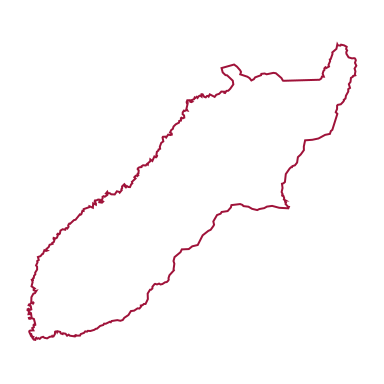 the district of Campo Grande, Mato Grosso do Sul, Brazil, rotated 89°
{"feature_id": "56859067B56402233795281", "entity_name": "Campo Grande", "entity_type": "district", "adm_level": 2, "iso_a3": "BRA", "parent_name": "Brazil", "parent_adm1": "Mato Grosso do Sul", "projection": "albers", "projection_center": [-54.243, -20.876], "detail": "fine", "context": "isolated", "style": "outline", "palette": "rose", "viewbox_px": 384, "rotation_deg": 89, "n_neighbors": 0, "source": "geoboundaries", "source_scale": "gbopen_adm2", "svg_char_len": 5980}
<svg xmlns="http://www.w3.org/2000/svg" viewBox="0 0 384 384"><g transform="rotate(89 192 192)"><path d="M300.0,353.5L300.5,355.2L301.7,356.1L301.6,356.9L302.3,357.3L303.3,355.2L306.6,354.7L307.1,356.2L305.9,357.3L306.4,358.4L307.3,358.5L307.6,357.7L309.4,357.1L311.3,357.6L311.3,356.4L309.8,355.8L310.3,355.1L315.3,354.5L316.2,352.3L320.6,351.2L322.1,351.0L322.4,351.6L321.6,352.1L322.3,352.8L324.5,352.5L325.3,354.1L327.6,353.0L327.7,356.1L328.0,356.9L328.9,357.2L331.1,356.3L331.2,355.4L332.8,355.7L333.4,355.2L333.1,354.6L334.0,354.5L334.1,353.3L335.3,353.9L336.8,352.8L337.1,351.3L335.6,351.1L335.0,350.2L336.0,349.3L335.5,348.1L336.2,346.8L334.8,345.4L334.2,343.4L335.2,342.1L335.8,339.4L334.3,336.8L334.1,334.9L333.5,334.4L334.2,333.9L334.0,333.0L331.8,331.6L329.3,331.3L329.0,330.5L329.0,329.7L329.9,329.3L328.9,328.8L329.6,326.2L331.1,325.7L331.8,323.8L331.0,323.4L331.5,320.9L333.5,319.4L332.5,317.8L333.5,316.7L334.4,311.5L334.0,310.9L333.4,311.4L333.0,310.6L333.6,309.7L333.6,306.5L332.1,305.7L331.0,302.5L329.5,301.2L329.8,299.4L329.0,298.6L329.2,296.0L328.1,292.1L327.1,290.6L327.0,289.4L324.3,286.2L323.4,283.0L322.1,282.2L322.2,280.5L320.3,276.4L320.8,275.5L319.6,274.6L318.8,268.9L319.5,265.9L318.8,263.5L316.6,261.9L313.9,257.7L310.0,255.2L309.6,251.9L307.4,248.5L307.6,246.6L305.5,244.8L304.6,245.1L304.2,243.3L303.1,242.1L303.1,240.4L298.3,238.0L292.8,238.1L289.0,235.7L289.0,234.7L287.8,233.3L286.0,233.2L283.6,231.2L283.2,230.5L283.8,228.6L283.0,226.5L283.9,225.1L283.5,223.2L281.8,220.5L281.6,218.8L280.5,217.6L279.3,216.8L277.7,217.0L274.8,216.0L269.9,211.4L269.1,211.8L263.4,210.9L260.7,211.7L256.8,210.6L252.0,204.6L249.2,203.2L249.0,196.2L246.3,192.7L245.1,187.2L235.5,182.1L231.1,176.3L230.1,174.0L226.5,171.3L225.1,170.5L221.8,171.2L215.5,167.4L214.2,163.8L212.5,162.7L211.7,156.7L208.1,153.4L205.8,152.8L204.9,144.1L205.8,141.8L207.0,140.8L207.7,135.8L209.9,132.2L211.2,127.1L210.2,124.9L209.4,120.1L207.9,117.3L207.3,112.1L209.3,105.1L210.0,96.0L208.6,95.4L208.5,96.2L205.6,98.7L204.2,98.2L203.7,99.0L202.2,99.2L202.2,98.4L201.1,100.3L199.7,99.9L197.5,100.7L197.4,101.7L196.7,102.0L195.8,101.4L193.6,102.4L189.6,101.4L185.3,101.9L184.9,100.4L183.6,98.9L175.7,97.9L170.3,94.0L169.0,92.6L168.9,91.6L167.9,91.2L167.1,88.6L164.4,86.4L159.0,85.5L156.5,82.7L152.1,79.4L148.5,79.4L142.3,78.0L141.9,70.8L140.7,64.6L137.2,57.9L136.3,53.1L133.5,52.1L132.3,50.6L116.4,45.3L114.7,46.9L111.5,45.5L108.1,45.4L107.4,44.7L106.9,41.7L104.5,39.3L103.2,38.4L102.5,38.6L101.2,36.9L98.4,36.4L94.3,34.0L91.9,34.0L90.7,32.2L86.9,33.3L84.7,31.6L80.7,31.1L79.5,29.1L78.8,28.9L78.2,26.7L77.4,27.1L74.2,26.5L71.4,27.3L68.6,25.5L65.7,26.8L63.1,25.9L61.4,26.6L61.0,27.6L61.2,29.7L60.1,33.1L56.5,35.2L54.8,35.3L53.2,34.4L51.7,35.4L49.5,34.8L48.0,37.4L47.3,40.4L48.2,41.0L47.9,43.6L46.9,44.1L51.4,45.1L54.9,49.3L56.4,49.1L61.5,51.0L61.9,51.9L63.5,51.6L67.3,53.3L68.9,52.8L70.4,55.6L69.6,56.4L70.7,57.5L72.2,57.4L73.4,58.5L76.0,59.3L79.0,58.2L78.9,60.1L80.8,60.8L82.0,62.6L82.4,98.2L82.2,99.2L79.6,100.6L74.7,106.1L74.3,108.5L75.6,115.3L74.8,117.3L75.1,120.6L76.4,120.9L78.5,126.9L80.3,128.2L81.5,130.7L79.2,132.4L77.7,134.6L75.2,141.7L72.8,140.9L71.2,141.7L67.5,144.8L65.3,147.7L68.6,160.3L73.0,159.2L75.7,156.5L76.0,154.8L81.4,149.3L85.1,148.8L89.5,152.0L91.4,154.0L91.5,155.8L93.6,157.2L93.4,158.0L92.3,158.1L92.1,160.9L94.3,163.1L95.2,166.0L97.3,167.7L94.7,172.5L96.9,173.7L96.2,174.4L96.3,175.4L97.6,176.6L97.0,178.2L94.5,179.7L94.4,180.7L96.8,180.8L95.7,182.2L96.3,183.5L98.0,184.8L96.9,185.6L98.1,187.1L97.6,187.7L99.3,188.4L100.3,191.3L101.0,191.5L101.7,190.2L102.1,191.0L101.8,192.1L100.2,192.7L100.2,195.1L102.0,195.8L102.9,195.6L102.6,194.8L103.5,194.8L108.7,196.1L110.4,195.2L110.0,196.6L110.9,197.8L110.5,198.7L112.2,199.9L114.1,200.0L115.3,198.6L117.5,198.4L118.2,200.0L117.5,201.3L118.0,201.8L120.4,201.8L120.7,203.5L122.4,203.8L124.0,207.0L126.2,209.3L128.6,210.1L129.6,211.6L132.1,212.9L133.2,211.3L134.3,211.2L134.7,212.6L134.2,214.8L137.1,216.9L136.2,217.6L136.3,220.1L136.9,220.5L140.9,219.8L142.4,221.9L146.2,223.4L148.2,223.1L148.9,224.7L149.9,224.8L151.2,226.4L154.5,227.0L155.1,226.3L156.0,226.6L156.7,227.4L155.8,229.0L160.3,231.1L158.7,233.1L160.6,233.3L162.3,235.4L163.9,235.7L163.3,236.6L164.7,237.8L164.4,240.4L165.4,242.0L166.2,242.1L166.4,244.3L167.5,245.8L168.4,245.9L169.4,244.9L172.4,245.2L172.7,246.0L173.6,246.2L174.3,245.5L175.1,246.4L174.4,247.0L174.8,248.0L176.2,249.4L177.5,248.2L180.8,251.9L182.3,251.5L183.3,252.7L186.0,253.9L185.9,255.5L184.9,257.0L186.2,258.0L184.9,259.3L183.9,258.8L183.0,259.5L185.2,261.8L187.0,261.8L188.0,262.6L188.9,262.2L191.4,264.3L190.6,264.9L190.0,267.1L193.1,269.3L192.9,272.8L191.8,274.2L191.6,276.2L190.3,276.7L192.0,278.1L192.7,276.5L193.5,276.7L195.2,279.3L194.6,280.3L195.2,281.5L196.9,281.5L198.8,282.7L200.0,281.0L201.1,282.2L200.6,284.9L199.0,284.6L198.9,283.8L198.1,284.2L197.9,286.0L198.8,287.8L198.7,289.1L199.5,289.5L202.0,288.2L203.0,288.3L201.6,291.0L206.0,291.4L204.4,294.9L205.4,295.1L207.2,300.6L209.1,300.7L208.9,301.9L212.2,303.0L212.8,303.8L212.4,304.5L217.7,308.9L218.1,310.6L221.7,314.5L221.4,315.2L222.2,315.9L223.5,316.4L224.6,316.0L226.4,317.3L225.8,318.3L226.3,319.1L227.5,319.4L227.0,322.0L228.3,324.2L231.2,324.8L231.8,325.3L231.3,326.8L232.0,327.5L233.0,326.9L235.3,327.8L236.1,329.2L235.5,331.1L236.4,331.3L237.6,330.4L239.5,331.0L240.5,332.6L241.4,332.3L242.3,335.3L244.5,336.2L246.6,338.7L247.5,338.9L248.0,337.8L248.4,339.0L247.6,340.6L251.2,342.0L251.4,342.8L253.5,344.6L254.3,347.2L257.3,346.4L258.4,348.0L259.7,347.7L262.7,349.2L264.0,348.2L266.8,348.2L269.9,350.2L271.6,350.1L273.0,351.4L275.2,351.7L275.7,352.7L277.2,352.6L277.2,353.6L279.2,352.9L283.5,354.1L285.7,351.0L286.3,352.0L287.4,352.0L288.3,350.0L288.1,349.3L290.4,350.8L290.9,352.4L294.4,354.4L298.9,354.6L300.0,353.5ZM300.0,353.5L299.6,352.8L300.1,352.4L300.8,352.9L300.0,353.5ZM315.8,357.1L316.0,356.2L315.7,355.3L314.9,356.6L315.1,357.3L315.8,357.1Z" fill="none" stroke="#9f1239" stroke-width="2"/></g></svg>